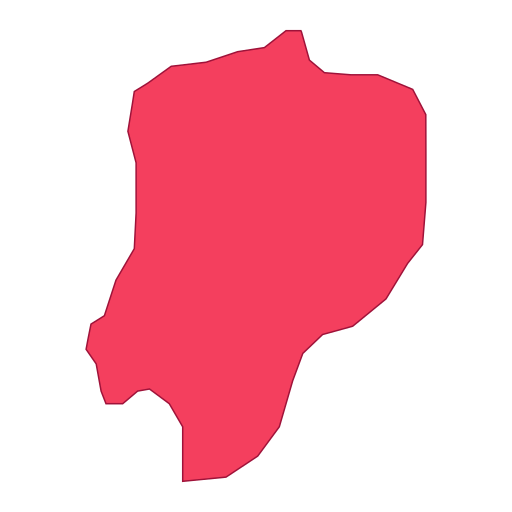 Oslomej, Natural Earth projection
{"feature_id": "MKD-2956", "entity_name": "Oslomej", "entity_type": "Statistical Region", "adm_level": 1, "iso_a3": "MKD", "parent_name": "North Macedonia", "parent_adm1": "", "projection": "natural_earth1", "projection_center": [21.026, 41.576], "detail": "fine", "context": "isolated", "style": "filled", "palette": "rose", "viewbox_px": 512, "rotation_deg": 0, "n_neighbors": 0, "source": "natural_earth", "source_scale": "10m", "svg_char_len": 689}
<svg xmlns="http://www.w3.org/2000/svg" viewBox="0 0 512 512"><path d="M301.5,32.0L309.4,60.1L324.4,72.7L350.9,74.8L377.7,74.8L412.7,89.4L425.8,114.6L425.9,154.4L425.9,202.5L422.5,244.6L407.6,263.4L386.0,298.9L352.7,326.2L322.6,334.5L302.8,353.4L292.7,380.7L279.3,426.8L257.7,456.1L226.0,477.1L182.7,481.3L182.7,452.0L182.7,426.8L169.3,403.7L149.5,389.0L137.6,391.1L122.7,403.7L106.0,403.7L101.1,391.1L96.2,363.9L86.1,349.3L88.2,338.1L91.0,324.1L104.4,315.7L116.0,280.1L134.3,248.7L136.1,213.1L136.1,162.8L127.9,131.3L132.3,104.4L134.3,91.5L147.7,83.2L171.2,66.3L206.2,62.2L237.6,51.7L264.4,47.6L286.0,30.7L300.9,30.7L301.5,32.0Z" fill="#f43f5e" stroke="#9f1239" stroke-width="1.5"/></svg>